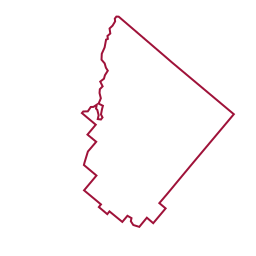 outline of Polk, Florida, United States of America, rotated 220°
{"feature_id": "52423323B51460600730955", "entity_name": "Polk", "entity_type": "district", "adm_level": 2, "iso_a3": "USA", "parent_name": "United States of America", "parent_adm1": "Florida", "projection": "equal_earth", "projection_center": [-81.546, 28.003], "detail": "fine", "context": "isolated", "style": "outline", "palette": "rose", "viewbox_px": 256, "rotation_deg": 220, "n_neighbors": 0, "source": "geoboundaries", "source_scale": "gbopen_adm2", "svg_char_len": 987}
<svg xmlns="http://www.w3.org/2000/svg" viewBox="0 0 256 256"><g transform="rotate(220 128 128)"><path d="M137.0,206.5L142.6,206.6L206.7,207.3L208.5,205.9L208.4,203.3L206.4,201.4L205.6,196.5L206.1,192.4L202.3,189.0L202.9,185.3L200.7,183.3L201.6,181.6L197.7,174.7L195.8,168.0L192.2,163.3L187.4,162.5L183.7,160.0L180.3,158.9L179.6,153.6L178.1,150.3L179.1,145.7L174.2,143.6L174.5,139.6L172.3,136.5L167.9,133.3L166.2,127.8L161.5,128.9L160.0,125.7L157.4,121.0L154.3,119.7L154.2,117.1L156.9,115.4L158.7,118.9L163.1,122.1L165.0,122.3L166.9,125.8L168.0,122.0L170.0,120.2L169.5,114.9L172.9,111.9L172.9,109.8L154.8,109.8L154.8,96.9L152.5,96.9L143.5,97.0L143.6,84.2L139.1,73.6L138.0,71.3L121.6,71.3L121.6,70.2L121.6,52.0L99.6,52.1L99.5,48.7L88.5,48.7L88.6,52.2L72.0,52.4L72.0,60.4L67.4,61.2L65.9,58.4L61.6,57.1L55.8,59.5L55.9,71.4L47.5,71.3L47.5,90.6L55.7,90.6L55.6,103.5L55.7,118.0L55.8,138.9L55.8,144.6L55.8,148.9L55.8,206.6L137.0,206.5Z" fill="none" stroke="#9f1239" stroke-width="2"/></g></svg>